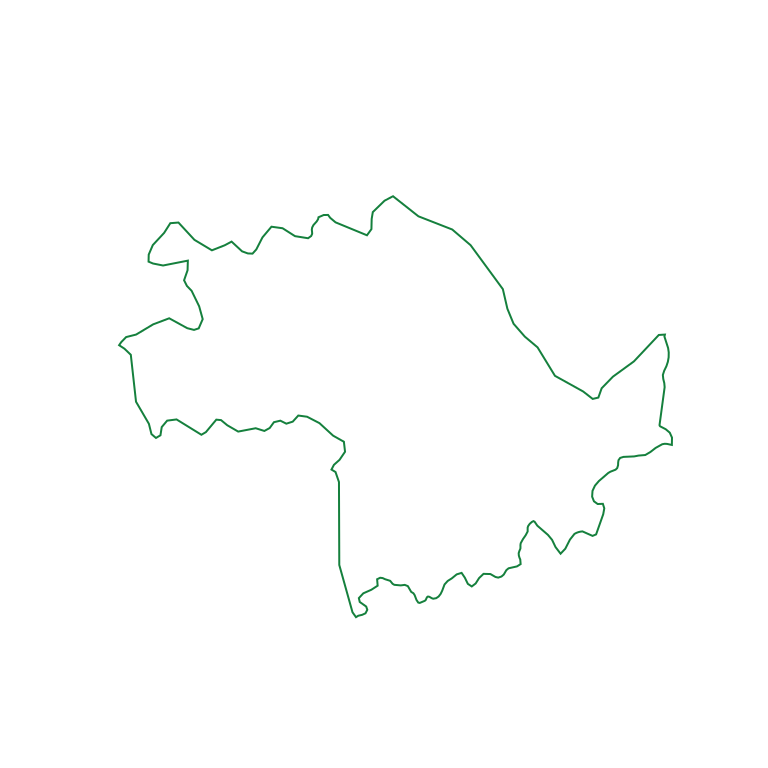 Kermanshah, orthographic projection, rotated 216°
{"feature_id": "IRN-3239", "entity_name": "Kermanshah", "entity_type": "Province", "adm_level": 1, "iso_a3": "IRN", "parent_name": "Iran", "parent_adm1": "", "projection": "orthographic", "projection_center": [46.364, 34.459], "detail": "fine", "context": "isolated", "style": "outline", "palette": "green", "viewbox_px": 768, "rotation_deg": 216, "n_neighbors": 0, "source": "natural_earth", "source_scale": "10m", "svg_char_len": 3118}
<svg xmlns="http://www.w3.org/2000/svg" viewBox="0 0 768 768"><g transform="rotate(216 384 384)"><path d="M267.6,193.5L264.8,191.5L264.2,187.6L266.0,184.4L268.6,181.4L269.6,178.9L275.3,180.8L313.8,211.3L362.8,278.2L371.5,284.3L376.2,283.9L377.0,289.2L375.4,296.5L375.7,306.3L382.5,313.7L394.8,312.3L413.2,314.4L427.0,312.3L434.8,308.1L435.7,299.9L439.7,294.5L446.3,293.4L450.6,288.4L450.6,281.2L453.2,275.7L461.8,272.8L474.0,259.8L486.6,258.5L494.6,259.0L498.7,256.6L499.8,240.4L501.9,235.6L531.0,233.4L537.9,226.9L538.5,218.5L534.7,211.1L536.8,206.3L542.7,206.8L550.8,213.6L574.2,223.9L606.0,258.8L614.8,260.0L621.1,259.7L621.2,263.4L620.2,270.4L613.6,278.3L605.8,296.6L596.4,310.9L576.0,313.5L569.5,316.1L566.6,320.1L568.8,329.9L579.2,338.2L594.4,346.3L601.1,347.5L606.7,350.4L609.8,360.6L615.2,368.5L632.4,350.0L641.7,345.7L646.4,344.6L650.4,350.4L652.7,360.5L650.7,377.0L651.4,388.5L645.2,393.8L622.1,389.2L601.8,391.0L594.4,402.6L591.0,409.6L576.8,407.9L570.9,409.6L567.0,412.2L566.4,417.8L568.5,431.2L567.5,445.1L557.6,450.4L542.9,451.3L531.1,457.3L529.9,460.9L530.4,463.3L531.7,464.9L533.1,466.4L534.1,468.4L534.5,471.2L534.0,475.9L534.2,478.6L535.0,480.4L532.1,485.3L528.6,487.9L525.2,486.8L518.2,486.3L485.2,494.3L485.2,501.9L491.0,510.3L494.1,516.5L491.3,532.6L487.1,541.2L454.7,539.9L419.6,549.1L395.5,547.2L343.6,530.6L328.4,517.4L314.6,508.9L297.9,505.1L281.3,503.9L250.5,491.1L218.5,495.0L206.4,494.6L202.6,499.0L205.4,508.5L203.1,524.5L195.1,549.2L190.5,585.2L185.8,589.1L185.0,587.2L175.3,580.1L172.2,576.9L169.4,572.9L167.4,568.8L166.0,564.4L165.1,559.4L163.7,555.2L161.0,552.2L157.8,549.5L155.1,546.4L137.0,512.8L136.6,512.4L136.2,512.2L135.6,512.1L129.5,513.0L124.2,512.6L119.5,509.9L115.3,503.9L119.8,501.9L121.8,500.6L123.5,498.8L126.7,491.9L128.5,485.6L130.9,480.1L136.0,475.7L139.0,472.5L147.4,465.8L149.5,463.0L149.5,460.2L148.4,458.1L146.9,455.9L145.9,453.0L146.3,450.8L149.3,446.1L150.3,443.8L153.1,431.9L153.6,425.8L152.5,420.1L149.4,415.2L145.2,412.5L140.6,412.5L136.5,415.7L132.7,412.9L130.1,407.5L124.0,387.0L126.0,383.7L136.8,381.4L138.3,380.0L139.6,378.5L140.8,376.7L141.8,374.7L142.1,367.4L140.5,357.3L141.4,350.5L149.4,352.9L156.4,356.7L162.7,358.3L176.7,359.5L181.2,361.1L182.5,360.9L183.3,359.3L183.9,356.6L183.9,354.0L183.4,352.3L181.1,349.1L180.5,344.9L180.4,340.2L179.8,335.5L178.9,333.8L177.9,332.5L176.9,331.0L176.3,328.4L175.6,326.3L174.1,324.5L172.3,323.1L170.6,322.1L167.6,318.6L169.2,314.6L174.9,308.1L175.6,305.3L175.1,300.2L175.8,297.3L177.8,294.5L180.4,293.4L186.2,292.8L191.9,288.9L193.0,282.9L192.6,276.5L194.0,271.8L198.7,271.6L202.3,273.5L204.7,274.8L210.2,276.8L213.3,272.7L214.9,266.6L216.7,262.1L217.2,257.4L215.4,250.9L214.8,247.5L214.9,244.2L215.9,241.4L218.0,239.2L219.4,238.8L222.2,238.5L223.5,237.9L223.9,236.7L223.3,233.7L223.6,232.5L226.4,227.9L227.8,227.3L230.8,228.4L235.1,231.2L237.2,232.0L239.8,231.8L245.9,234.5L249.1,233.7L252.1,230.9L257.6,227.6L259.6,227.4L263.3,228.4L268.4,226.7L271.0,226.2L273.2,225.0L274.8,222.0L270.6,217.1L273.3,210.1L277.7,202.5L278.5,196.0L275.5,193.4L267.6,193.5Z" fill="none" stroke="#15803d" stroke-width="2"/></g></svg>